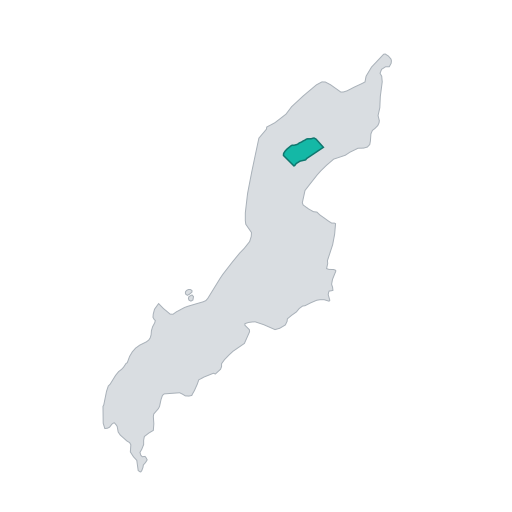 Malawi, with Balaka highlighted, rotated 225°
{"feature_id": "MWI-1915", "entity_name": "Balaka", "entity_type": "District", "adm_level": 1, "iso_a3": "MWI", "parent_name": "Malawi", "parent_adm1": "", "projection": "natural_earth1", "projection_center": [35.116, -15.04], "detail": "fine", "context": "in_parent", "style": "filled", "palette": "teal", "viewbox_px": 512, "rotation_deg": 225, "n_neighbors": 0, "source": "natural_earth", "source_scale": "10m", "svg_char_len": 3611}
<svg xmlns="http://www.w3.org/2000/svg" viewBox="0 0 512 512"><g transform="rotate(225 256 256)"><path d="M200.0,301.4L197.2,297.0L194.9,298.1L191.7,301.2L190.0,302.1L189.1,302.0L188.6,301.2L187.8,299.2L185.4,293.6L182.6,289.5L179.7,288.0L177.3,286.1L178.4,284.3L179.5,283.0L179.0,281.7L177.6,279.7L172.5,276.9L172.4,275.7L176.9,273.3L179.8,270.4L181.8,267.6L184.2,261.6L186.2,255.5L187.7,253.5L188.3,249.5L187.9,245.0L188.9,239.2L189.4,233.8L187.8,231.7L186.5,228.0L188.1,221.7L190.5,217.4L202.0,212.9L210.0,208.9L211.7,207.1L214.4,203.6L216.0,200.3L214.9,199.2L208.6,199.2L207.0,197.9L202.4,186.0L204.9,172.4L205.1,167.0L205.0,160.4L204.2,155.5L202.2,153.5L201.0,150.9L201.3,143.8L203.2,143.0L207.2,133.6L208.9,128.0L206.8,123.6L204.4,117.3L203.3,113.3L202.8,112.0L204.4,109.5L207.1,107.1L210.1,106.4L213.3,105.3L223.4,93.6L223.6,91.3L221.7,87.4L217.9,81.5L217.1,79.1L216.6,72.0L215.1,69.9L209.6,65.1L205.3,60.1L206.6,55.0L207.3,49.4L205.2,46.3L202.1,43.2L200.1,38.5L199.2,35.1L196.7,33.7L194.5,33.6L192.8,35.8L191.0,35.6L188.8,34.9L188.1,31.9L187.9,28.6L186.4,26.5L185.0,23.4L184.8,21.8L185.7,21.3L187.6,21.0L195.8,27.2L200.7,27.4L206.3,28.6L211.0,34.0L213.4,34.7L216.5,33.9L225.4,33.4L229.0,34.1L233.6,37.3L235.4,37.7L238.2,37.9L238.7,37.0L239.0,35.1L238.5,31.4L239.2,29.3L240.9,27.1L245.8,29.7L257.9,41.5L258.3,43.0L266.0,54.6L268.5,59.6L268.5,62.2L270.9,72.4L271.4,77.2L270.9,80.8L271.0,83.7L271.9,87.9L271.6,89.6L274.4,95.7L275.7,100.8L276.0,105.8L275.2,110.7L272.8,117.8L272.4,120.7L272.9,123.3L274.5,126.2L277.1,129.2L279.1,132.9L280.4,137.2L281.6,139.2L283.0,139.1L285.5,139.8L287.6,142.3L290.1,146.6L290.9,151.4L291.2,153.5L284.3,153.4L275.6,154.2L273.5,156.1L272.8,160.3L270.1,169.1L268.6,172.3L265.4,178.2L260.9,186.4L259.9,189.1L260.1,191.9L262.8,203.2L265.6,215.0L266.5,219.6L268.5,235.4L269.6,246.5L269.7,253.0L270.7,261.7L273.2,266.5L275.8,269.4L285.6,271.2L288.5,273.4L294.1,279.0L306.2,294.3L312.9,304.2L318.7,312.8L329.2,328.9L337.3,341.4L338.3,353.1L339.6,354.8L336.9,363.5L335.1,377.5L336.4,386.8L335.8,402.7L334.3,419.7L332.5,425.7L330.1,428.0L324.4,429.8L311.9,431.9L310.1,433.9L308.4,437.2L305.9,445.0L303.0,452.9L302.0,456.2L302.6,457.0L305.3,461.0L307.9,471.3L308.4,488.9L307.5,490.2L303.8,491.0L299.8,490.7L298.2,489.7L296.7,487.8L295.6,484.0L298.2,481.4L299.2,476.8L297.5,472.9L294.2,472.0L289.9,468.4L280.9,456.7L273.3,448.4L269.0,441.6L264.5,438.9L263.2,437.2L262.1,434.3L262.1,430.1L262.5,427.1L261.1,423.6L256.5,418.3L254.4,415.3L254.3,411.8L256.2,408.4L260.1,404.3L263.0,395.8L264.1,390.4L269.6,379.4L270.3,369.9L270.4,362.3L270.1,356.7L268.7,345.0L267.7,337.0L260.9,326.4L258.7,325.4L252.3,326.4L246.8,327.9L244.0,330.1L239.9,330.2L229.1,332.0L225.7,332.8L223.8,334.7L222.6,335.1L215.8,327.0L209.8,318.2L202.2,303.2L200.0,301.4ZM278.7,185.9L276.9,186.3L275.8,185.3L276.0,182.0L276.7,179.7L278.5,179.3L279.8,179.9L280.6,181.0L280.7,182.7L280.1,184.5L278.7,185.9ZM274.7,180.0L273.7,183.2L271.5,183.1L269.5,180.3L270.1,178.1L272.1,177.4L273.8,178.2L274.7,180.0Z" fill="#d9dde1" stroke="#a8b0b8" stroke-width="1"/><path d="M302.3,375.4L299.9,377.9L298.9,379.8L298.3,380.5L296.2,381.1L285.2,380.5L289.1,360.9L289.1,360.4L289.0,360.0L288.9,359.4L288.9,359.1L289.1,358.7L291.7,354.6L292.0,354.0L292.8,350.5L292.9,349.8L292.9,349.2L292.7,348.2L292.6,347.3L292.9,346.5L293.4,346.5L307.6,346.5L307.8,346.6L309.0,348.1L309.6,350.8L309.7,353.6L309.2,358.5L308.8,359.9L308.3,360.4L307.5,361.0L305.9,363.8L305.6,364.6L305.5,365.1L305.4,366.0L305.3,366.6L304.4,368.8L304.1,370.4L303.3,372.7L303.1,373.9L302.7,374.9L302.3,375.4Z" fill="#14b8a6" stroke="#0f766e" stroke-width="1.5"/></g></svg>